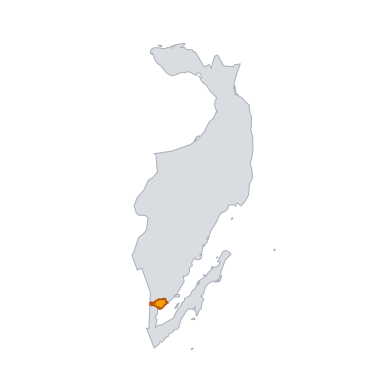 location of Caborca, Sonora, Mexico, rotated 252°
{"feature_id": "50627088B68823921856898", "entity_name": "Caborca", "entity_type": "district", "adm_level": 2, "iso_a3": "MEX", "parent_name": "Mexico", "parent_adm1": "Sonora", "projection": "orthographic", "projection_center": [-112.534, 30.898], "detail": "fine", "context": "in_parent", "style": "filled", "palette": "amber", "viewbox_px": 384, "rotation_deg": 252, "n_neighbors": 0, "source": "geoboundaries", "source_scale": "gbopen_adm2", "svg_char_len": 6100}
<svg xmlns="http://www.w3.org/2000/svg" viewBox="0 0 384 384"><g transform="rotate(252 192 192)"><path d="M55.2,107.9L76.6,106.6L75.6,108.8L109.5,121.4L134.9,120.7L134.7,115.9L150.4,115.3L153.3,118.5L165.0,126.9L168.1,134.4L170.4,137.2L181.2,142.4L184.3,139.9L186.4,134.0L189.4,132.5L196.9,132.7L203.7,138.3L208.7,146.8L216.8,154.2L217.8,159.3L221.6,165.2L238.2,169.2L240.1,167.9L237.2,185.0L237.6,204.7L238.7,208.8L243.5,213.8L242.9,217.0L242.9,213.9L238.9,209.6L240.4,213.8L245.6,222.4L253.4,230.1L255.5,235.3L260.9,240.0L259.5,240.1L262.4,241.0L261.5,240.3L266.7,240.2L270.5,241.5L274.1,244.5L282.4,240.4L288.7,238.8L292.6,236.0L297.0,234.7L297.9,235.3L297.7,236.5L301.4,236.6L303.6,234.4L302.6,231.7L301.5,232.6L301.8,232.0L307.6,225.9L307.6,222.0L309.1,219.4L308.4,213.2L308.9,208.3L313.4,204.5L321.7,201.2L325.1,198.8L329.2,197.5L336.2,197.5L336.6,196.3L334.8,196.7L337.0,195.4L340.0,196.8L340.9,199.5L340.1,203.5L336.6,210.3L337.0,214.1L335.1,216.9L335.6,217.6L337.5,216.9L335.8,219.7L335.9,220.7L337.3,220.0L335.9,230.1L335.3,231.1L333.6,229.3L332.8,225.9L331.3,230.0L329.2,230.7L327.3,236.2L324.2,236.8L324.2,238.5L307.2,242.1L307.9,247.8L303.9,248.5L314.2,255.4L314.3,258.7L302.1,261.1L298.5,270.0L299.9,271.8L298.9,277.4L289.1,270.0L281.4,265.1L276.8,263.5L276.3,264.2L280.6,265.6L274.1,264.8L274.4,263.3L272.7,264.2L271.6,263.0L270.5,264.6L272.7,265.0L269.5,265.8L266.5,268.4L256.6,273.2L249.8,271.6L244.2,271.7L240.2,269.8L236.4,269.3L233.9,267.3L224.6,266.5L212.9,262.9L205.2,259.0L201.9,256.2L194.1,255.8L186.7,253.8L181.7,249.0L171.4,244.7L165.7,238.2L163.7,234.1L167.6,231.8L166.9,230.1L165.1,229.6L167.6,226.2L167.7,222.3L165.5,221.2L163.2,217.4L163.1,213.9L161.5,210.9L155.3,205.3L149.9,198.4L141.7,192.6L144.1,193.7L144.2,192.3L139.9,191.2L136.6,186.4L138.8,186.5L132.6,183.4L131.6,181.8L129.4,182.5L129.0,181.7L130.6,179.8L127.7,181.3L125.9,180.0L125.5,176.8L127.5,173.9L128.3,174.4L126.7,171.5L124.8,169.7L122.2,169.8L120.3,165.9L117.2,165.1L115.3,163.5L113.9,160.0L114.7,157.8L109.2,156.8L99.5,145.8L98.9,143.1L97.5,142.3L91.3,128.6L90.7,124.4L91.4,123.0L86.2,121.2L85.0,118.9L83.3,118.2L81.5,119.4L74.6,115.2L75.8,117.9L74.9,123.0L76.4,127.2L77.6,135.0L84.8,142.0L87.1,146.7L88.2,146.5L88.8,147.9L89.8,148.1L90.8,151.1L92.9,152.0L94.2,158.3L97.9,161.5L99.2,165.1L101.0,166.2L102.4,170.4L103.9,171.4L103.0,168.3L105.1,170.1L107.8,179.7L110.3,182.4L113.7,189.3L113.3,192.2L114.0,194.8L116.9,197.3L117.8,194.7L126.1,203.5L125.5,206.9L122.3,209.5L120.6,209.8L117.0,202.4L104.2,192.7L103.0,192.8L100.4,189.7L99.9,187.6L100.6,182.9L99.4,178.4L97.5,175.3L91.4,171.4L90.2,167.6L89.1,169.2L86.0,169.9L83.7,167.3L78.1,164.6L77.3,162.3L73.1,159.0L72.7,157.9L77.0,158.6L79.6,157.7L79.5,158.7L81.7,159.8L80.9,157.2L79.9,157.1L82.0,151.9L74.0,142.0L67.3,137.6L66.1,135.4L66.2,131.8L64.6,130.6L64.1,126.4L62.0,124.6L61.8,122.2L59.0,118.2L58.5,116.4L59.5,115.2L57.5,113.6L55.2,107.9ZM99.1,145.9L98.4,148.4L96.2,147.6L97.0,143.8L98.3,143.4L99.1,145.9ZM90.3,145.4L87.2,142.7L86.4,139.9L87.9,140.8L88.3,142.4L89.9,142.8L90.3,145.4ZM340.8,208.5L339.9,207.8L340.1,206.7L341.9,205.3L340.8,208.5ZM100.6,192.8L98.3,190.2L99.6,185.0L99.3,189.7L100.6,192.8ZM71.5,155.5L69.8,155.1L71.0,152.3L71.7,154.4L71.5,155.5ZM43.4,145.2L42.1,143.4L42.4,142.6L42.9,142.7L43.4,145.2ZM102.5,192.9L103.9,194.9L101.0,192.9L102.5,192.9ZM155.0,221.9L154.8,222.7L154.0,222.4L153.7,221.0L155.0,221.9ZM114.5,187.4L115.1,189.0L113.5,187.0L114.5,187.4ZM108.8,177.0L109.7,177.7L108.5,179.2L108.8,177.0ZM112.2,253.1L111.6,253.3L110.7,252.7L111.4,251.8L112.2,253.1ZM300.0,234.2L298.5,234.8L301.0,233.5L300.0,234.2ZM122.4,196.3L121.6,196.1L121.4,194.6L122.4,196.3Z" fill="#d9dde1" stroke="#a8b0b8" stroke-width="1"/><path d="M90.9,125.2L90.9,125.6L90.9,125.8L90.9,126.0L90.8,126.3L90.8,126.5L90.7,126.7L90.7,126.8L90.7,127.1L90.8,127.2L90.9,127.4L90.9,127.6L90.9,127.8L91.0,128.0L91.0,128.3L91.3,128.7L91.4,129.0L91.5,129.1L91.7,129.4L91.8,129.5L91.9,129.8L92.0,129.8L92.0,129.7L92.0,129.8L92.2,130.0L92.3,130.1L92.6,130.4L92.6,130.5L92.8,130.7L92.9,130.9L93.0,130.9L93.0,131.1L93.1,131.3L93.2,131.5L93.2,131.9L93.2,132.1L93.2,132.3L93.1,132.5L93.3,132.6L93.5,132.7L93.6,132.8L93.8,133.0L93.9,133.3L94.0,133.3L94.0,133.5L94.0,133.8L94.0,134.0L94.0,134.4L94.0,134.5L94.0,134.8L95.2,134.6L95.2,134.0L95.3,133.1L95.7,133.3L95.7,133.2L96.3,133.5L96.6,133.5L97.0,133.6L97.4,133.7L97.6,133.7L97.6,133.9L97.9,133.9L97.8,133.7L98.3,133.7L98.3,133.2L99.2,133.2L99.3,132.9L99.3,132.7L99.2,132.7L99.0,132.4L98.6,132.4L98.4,131.9L98.6,131.6L98.9,131.5L98.8,131.2L99.1,131.1L99.2,130.5L99.4,130.5L99.5,130.6L99.5,130.1L99.6,129.6L99.5,128.9L99.9,128.7L99.9,128.4L99.9,128.1L99.9,127.9L100.0,127.8L100.1,127.7L99.9,127.7L100.0,127.5L99.8,127.5L99.6,127.5L99.5,127.4L99.4,127.4L99.4,127.5L99.4,127.3L99.6,127.3L99.6,127.2L99.6,126.6L99.6,126.2L99.9,126.1L100.0,125.6L100.2,125.1L100.2,124.9L100.1,124.7L100.0,124.4L99.9,124.4L99.7,124.4L99.4,124.2L99.5,123.8L99.6,123.5L99.3,123.4L99.2,123.4L98.9,123.2L99.0,123.2L99.1,122.8L98.8,122.6L98.5,122.5L98.3,122.5L98.4,122.0L99.0,122.1L98.9,121.9L98.7,121.6L98.4,121.5L98.2,121.5L98.2,121.2L98.7,121.1L98.6,120.9L98.5,120.7L98.5,120.4L98.6,120.1L98.9,120.1L99.0,119.7L99.1,120.3L99.8,119.7L99.7,119.6L99.4,119.3L99.3,119.1L99.2,119.1L99.3,119.0L99.2,118.9L99.2,118.7L99.3,118.7L99.5,118.6L99.8,118.5L99.8,118.4L99.8,118.2L99.8,117.9L99.7,117.9L97.7,117.1L97.7,117.3L97.7,117.7L97.7,117.9L97.7,118.0L97.8,118.0L98.0,118.2L98.0,118.3L97.7,118.3L97.0,118.2L96.8,118.4L96.8,118.7L96.7,118.7L96.7,119.1L96.4,119.0L96.4,119.7L96.5,119.8L96.2,119.9L96.1,120.2L96.1,120.4L96.2,120.7L96.4,120.7L96.4,120.8L96.6,120.9L96.5,121.0L96.3,121.1L96.1,121.0L95.6,121.4L95.4,121.3L95.4,121.6L95.2,122.0L94.6,122.2L94.5,122.4L94.4,122.3L94.1,122.9L93.9,123.1L93.7,122.8L93.3,122.8L93.0,123.1L92.4,123.6L92.0,123.8L91.7,123.9L92.1,124.5L92.5,124.5L92.6,124.8L92.2,124.8L91.8,124.8L91.8,124.7L91.6,124.6L91.6,124.8L91.7,125.0L91.8,125.0L91.7,125.1L91.4,125.1L91.5,125.2L91.5,125.3L91.2,125.3L91.2,125.5L91.1,125.4L91.0,125.5L90.9,125.5L91.0,125.4L90.9,125.2Z" fill="#f59e0b" stroke="#b45309" stroke-width="1.5"/></g></svg>